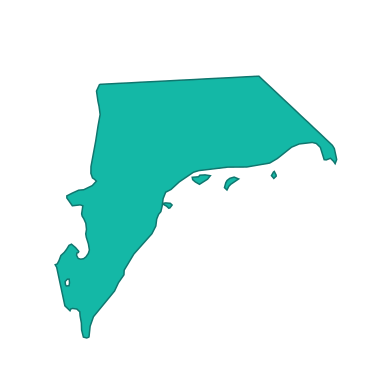 United Arab Emirates, Robinson projection, rotated 169°
{"feature_id": "ARE", "entity_name": "United Arab Emirates", "entity_type": "country or territory", "adm_level": 0, "iso_a3": "ARE", "parent_name": "Asia", "parent_adm1": "", "projection": "robinson", "projection_center": [54.388, 24.345], "detail": "fine", "context": "isolated", "style": "filled", "palette": "teal", "viewbox_px": 384, "rotation_deg": 169, "n_neighbors": 0, "source": "natural_earth", "source_scale": "50m", "svg_char_len": 2329}
<svg xmlns="http://www.w3.org/2000/svg" viewBox="0 0 384 384"><g transform="rotate(169 192 192)"><path d="M334.4,98.7L338.5,104.5L339.2,143.9L340.2,146.7L338.0,147.1L335.6,150.1L332.8,154.7L328.9,157.1L325.9,159.8L322.9,163.1L320.3,163.8L316.9,159.6L314.5,155.3L315.1,154.3L316.7,154.0L317.4,151.8L316.4,148.5L314.1,147.3L311.2,147.2L308.4,148.6L305.5,151.5L303.8,154.6L303.6,160.8L304.4,167.8L304.3,171.2L302.7,175.4L302.2,181.6L303.3,186.4L304.4,189.2L304.5,191.6L301.8,199.3L304.2,200.7L312.1,201.3L314.4,206.5L316.0,210.0L315.6,212.1L310.0,213.7L302.9,215.4L297.8,214.9L288.7,217.3L283.8,220.9L285.3,223.1L287.0,224.8L287.7,229.6L286.3,236.3L283.7,242.9L280.5,251.0L276.8,260.4L271.7,274.6L267.4,285.6L266.9,293.6L267.0,298.9L266.5,309.3L262.4,315.0L261.5,315.2L256.6,314.5L255.0,314.3L250.3,313.6L243.0,312.6L233.6,311.2L222.5,309.7L210.0,307.9L196.7,306.0L183.0,304.1L169.3,302.1L156.0,300.3L143.5,298.5L132.4,296.9L123.0,295.6L115.7,294.6L111.1,293.9L109.4,293.7L104.2,292.9L101.5,289.1L98.1,284.4L94.7,279.7L91.3,275.0L87.9,270.3L84.6,265.7L81.2,261.0L77.8,256.3L74.4,251.6L71.1,246.9L67.7,242.2L64.3,237.6L61.0,232.9L57.6,228.2L54.2,223.5L50.9,218.8L47.5,214.1L45.3,211.0L44.0,207.5L43.8,198.2L43.8,196.2L46.1,192.5L47.2,195.1L49.7,198.7L54.1,197.9L56.1,198.5L57.5,211.3L60.7,215.9L64.5,217.7L77.6,218.7L85.7,217.0L101.8,208.6L110.2,205.6L133.5,206.1L152.2,209.6L181.2,211.7L186.9,211.1L202.5,204.4L212.1,198.5L217.9,196.8L221.6,191.0L224.1,183.6L226.3,178.7L229.1,176.4L231.8,172.2L234.0,165.5L239.3,158.7L260.9,142.2L273.5,128.2L274.6,123.7L281.5,117.0L286.9,109.6L312.5,88.4L317.6,79.7L320.6,69.9L321.0,69.2L323.2,68.8L326.3,70.3L326.7,77.6L325.6,84.5L325.5,91.8L325.0,95.8L327.4,99.1L331.5,100.5L333.3,100.3L334.4,98.7ZM333.6,128.3L333.9,125.3L333.3,123.7L330.6,123.5L329.6,126.1L329.2,129.9L331.0,130.2L333.6,128.3ZM189.0,204.0L189.0,206.4L182.7,205.7L181.1,207.0L175.9,206.3L170.9,204.5L174.3,201.6L183.2,198.1L186.9,201.3L189.0,204.0ZM152.3,198.2L147.8,198.6L143.7,195.9L152.4,192.2L154.7,190.6L157.3,187.3L159.3,190.1L157.1,194.6L155.4,196.6L152.3,198.2ZM222.1,185.0L221.5,186.4L219.8,186.3L215.4,185.0L214.0,183.0L216.7,180.6L217.9,180.5L219.7,183.0L222.1,185.0ZM108.3,196.0L107.3,196.5L106.2,192.7L106.3,191.5L109.1,189.7L110.9,192.9L108.3,196.0Z" fill="#14b8a6" stroke="#0f766e" stroke-width="1.5"/></g></svg>